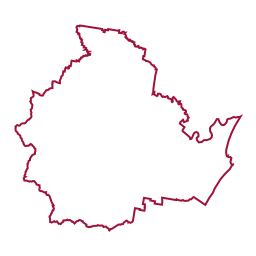 outline of Richmond Valley, New South Wales, Australia
{"feature_id": "25037944B67552272844427", "entity_name": "Richmond Valley", "entity_type": "district", "adm_level": 2, "iso_a3": "AUS", "parent_name": "Australia", "parent_adm1": "New South Wales", "projection": "albers", "projection_center": [153.029, -29.027], "detail": "fine", "context": "isolated", "style": "outline", "palette": "rose", "viewbox_px": 256, "rotation_deg": 0, "n_neighbors": 0, "source": "geoboundaries", "source_scale": "gbopen_adm2", "svg_char_len": 5690}
<svg xmlns="http://www.w3.org/2000/svg" viewBox="0 0 256 256"><path d="M227.1,119.8L226.7,121.9L226.1,123.0L224.2,124.9L222.9,125.2L221.2,124.6L220.6,123.8L219.4,121.9L218.4,119.1L216.9,119.1L214.1,123.8L210.7,126.8L210.0,128.3L210.2,131.5L211.5,133.4L212.0,135.4L211.7,137.1L210.8,138.3L209.9,139.0L206.8,140.1L203.9,140.2L201.7,142.0L198.9,142.4L197.2,140.5L196.6,138.6L196.8,137.7L198.5,136.4L198.4,133.9L197.6,132.6L196.2,132.1L194.5,132.7L193.6,134.1L191.9,138.1L191.2,138.9L190.2,139.0L190.1,137.6L189.4,136.8L182.6,131.1L182.6,130.1L184.5,127.2L179.8,123.5L180.4,122.1L183.0,119.8L184.0,122.2L187.9,120.6L187.4,119.5L188.7,117.6L187.6,116.6L187.5,115.1L187.1,114.3L185.3,114.2L184.7,113.6L184.8,112.7L186.0,112.0L186.0,111.0L185.3,110.2L182.9,109.6L183.0,108.6L181.5,107.5L181.4,104.6L181.1,103.9L180.2,103.4L179.0,104.4L178.3,103.8L178.3,102.9L179.7,102.2L180.0,101.3L178.2,101.6L176.9,101.4L176.0,99.6L173.6,97.0L172.7,97.8L172.5,99.4L172.8,101.6L172.1,102.1L171.7,101.6L171.6,99.5L169.6,98.6L168.2,98.4L167.8,96.5L167.4,96.1L165.1,97.1L163.2,96.4L162.4,96.9L161.7,96.2L160.7,94.2L159.9,93.8L158.1,93.7L157.6,95.6L157.0,96.1L153.1,93.8L152.6,94.1L152.7,93.5L154.4,92.8L154.5,91.7L153.2,91.5L153.5,88.0L155.4,75.2L156.8,69.5L155.5,69.3L155.7,68.0L155.2,67.1L154.1,66.6L153.9,65.5L153.2,65.6L151.2,64.2L150.3,62.5L147.5,61.1L146.1,61.0L145.4,60.3L142.9,59.2L143.3,56.1L144.4,56.3L145.5,49.3L144.6,48.7L143.9,49.0L143.4,48.7L143.1,49.1L142.6,48.2L142.0,48.3L140.8,47.5L139.3,48.0L138.5,46.1L137.9,46.6L137.5,46.2L136.6,46.7L135.1,46.4L134.8,45.8L135.0,44.9L134.1,44.4L134.4,42.6L133.8,42.6L133.7,42.1L132.9,42.1L132.8,41.6L131.9,41.6L132.0,41.2L131.2,41.2L130.8,40.6L130.4,40.7L130.5,40.2L129.9,39.6L129.0,40.3L128.7,39.8L128.3,40.1L127.2,38.4L126.7,38.5L126.1,38.0L126.2,37.4L125.5,36.9L126.1,36.4L125.9,35.3L125.0,34.1L124.4,33.9L125.3,32.8L124.6,32.9L124.0,31.8L123.3,31.6L122.2,32.0L121.9,33.2L119.0,32.8L119.5,29.2L119.0,30.9L108.2,29.1L108.0,30.3L105.1,29.8L104.7,32.2L103.6,32.0L103.9,30.5L102.1,30.2L102.3,29.0L80.0,25.5L79.6,26.4L77.9,25.9L76.7,26.5L76.5,27.4L77.3,29.4L76.6,31.9L77.4,32.1L77.8,33.0L78.5,33.1L78.4,33.8L78.9,33.6L79.5,34.0L79.3,34.7L80.1,38.4L80.4,38.7L81.3,38.7L81.2,39.6L82.1,40.0L81.2,42.0L81.4,42.3L82.0,42.3L82.6,43.0L81.9,44.9L84.2,46.1L83.8,47.4L84.9,47.4L86.1,48.0L85.8,49.0L85.1,49.6L86.5,49.4L87.2,50.1L86.9,50.7L87.1,51.6L88.8,51.7L88.1,52.1L87.8,52.9L88.4,54.0L90.2,53.8L90.0,54.9L87.8,55.0L87.6,55.7L86.6,55.5L86.1,55.8L85.6,55.3L84.8,56.0L83.3,55.9L83.1,56.7L82.3,56.9L81.6,58.0L81.0,57.7L80.2,59.4L79.4,59.4L79.0,61.4L76.6,60.3L76.4,61.5L71.6,60.7L70.7,66.1L69.3,65.9L69.0,68.3L68.2,68.6L67.6,67.4L66.7,67.9L65.9,67.4L65.3,68.2L64.7,71.6L63.3,71.3L62.7,75.2L61.3,76.4L61.1,77.7L59.8,80.9L59.9,83.2L57.3,82.5L55.1,81.3L52.7,81.4L52.4,82.1L52.7,83.1L52.1,84.3L52.5,85.3L52.4,88.1L51.3,88.1L49.2,88.8L48.5,89.8L46.3,90.2L43.7,93.8L42.8,95.6L40.0,95.3L39.1,94.3L39.3,93.9L36.1,92.5L34.6,92.3L32.7,91.3L33.6,94.8L33.4,96.4L32.3,97.3L31.0,97.8L30.8,98.4L30.9,100.3L30.3,101.5L30.9,101.8L31.1,103.2L32.4,104.7L32.0,108.2L30.6,109.9L31.5,112.9L31.0,114.0L31.5,116.2L31.2,117.3L30.1,118.6L29.4,118.8L29.1,119.5L27.6,120.2L25.4,123.0L24.6,123.4L22.9,123.3L21.8,123.6L20.7,124.4L20.1,125.3L19.3,125.7L17.1,125.1L15.4,126.8L15.7,127.3L15.5,128.7L15.7,130.8L17.6,132.7L17.7,133.7L19.9,135.2L20.4,135.9L20.5,137.6L21.7,138.6L22.1,140.7L23.6,142.9L23.5,143.8L24.4,145.2L25.3,146.0L28.3,145.7L29.3,145.1L29.7,145.2L30.1,144.3L30.8,144.0L31.9,144.7L32.5,145.8L33.6,146.6L34.6,148.3L35.3,148.7L35.4,151.3L34.9,152.3L35.0,153.8L32.3,155.1L30.6,157.6L30.1,158.6L29.9,160.3L28.6,160.9L28.3,162.7L27.4,163.9L27.7,164.7L27.4,166.0L27.8,168.1L26.5,169.8L26.3,171.0L25.6,171.5L25.4,173.9L24.5,175.6L24.6,176.4L25.4,176.7L24.3,177.3L23.7,178.5L24.0,178.7L24.3,180.4L24.8,180.6L26.4,180.6L29.4,181.6L30.2,181.3L32.0,181.6L32.7,181.1L34.1,181.0L36.2,183.5L36.5,184.5L39.5,185.3L39.5,187.1L39.8,187.7L39.3,189.5L39.6,190.5L40.2,191.0L42.4,191.3L44.5,192.5L46.0,192.2L45.8,193.1L46.9,195.0L48.2,194.9L49.4,195.8L51.8,202.5L53.4,205.1L52.7,205.0L52.6,205.9L53.9,208.3L53.4,210.3L52.6,210.3L51.7,213.3L50.9,213.9L50.5,215.5L49.5,216.4L50.2,219.8L50.1,222.0L51.9,222.5L54.2,221.2L54.9,221.8L55.6,221.9L56.9,221.3L58.7,223.8L59.9,223.7L60.6,224.1L62.0,222.5L63.3,221.8L63.3,220.5L66.5,220.2L67.2,219.6L67.9,220.1L70.3,220.1L70.6,220.6L71.8,221.1L72.1,221.8L73.0,221.9L74.6,223.5L76.5,221.3L78.1,221.0L79.3,220.0L80.8,220.3L81.8,221.3L82.7,221.2L83.1,222.3L86.4,224.6L86.2,225.1L86.4,226.3L88.7,227.2L90.5,226.7L91.2,226.9L93.2,225.9L97.0,225.8L97.8,225.1L99.2,225.6L102.1,225.5L102.9,225.8L103.5,227.0L104.6,226.6L106.3,226.7L106.7,227.4L109.2,229.2L109.4,229.7L109.2,230.4L109.4,230.5L110.5,229.1L111.9,228.8L118.6,224.5L120.5,224.7L121.3,224.1L123.0,224.1L123.6,222.7L126.4,220.6L127.0,220.7L128.2,222.0L128.3,222.5L129.0,222.2L130.5,222.8L132.0,222.1L132.9,221.0L135.0,208.2L139.8,209.0L139.6,209.9L144.4,210.7L145.0,207.0L144.6,206.9L145.0,204.4L142.9,204.1L144.0,197.9L150.7,199.0L150.4,200.5L155.0,201.3L154.6,203.6L162.0,204.7L162.3,201.7L162.1,197.7L176.4,200.1L176.6,199.3L178.0,200.0L181.2,200.7L183.0,200.0L183.6,200.6L185.1,200.9L188.4,200.6L189.9,199.2L191.2,199.3L193.4,197.1L194.0,197.2L205.3,204.9L209.2,198.0L212.9,192.8L214.5,188.9L220.3,179.5L224.7,174.2L229.9,169.0L231.7,165.8L232.8,165.0L233.0,164.4L231.7,164.5L230.6,162.7L230.5,161.4L231.1,159.8L230.9,159.4L231.4,158.0L230.3,157.0L229.3,157.2L227.4,156.5L227.6,156.0L227.0,156.3L226.7,156.0L226.1,152.3L226.4,149.2L228.6,140.7L231.6,132.9L235.1,125.6L240.6,116.5L239.3,117.1L237.7,117.0L235.8,117.6L233.9,116.9L230.6,118.5L228.0,119.0L227.1,119.8Z" fill="none" stroke="#9f1239" stroke-width="2"/></svg>